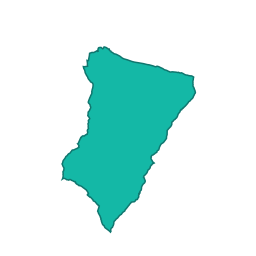 outline of Popesti, Vâlcea, Romania, rotated 243°
{"feature_id": "2599482B78854434160228", "entity_name": "Popesti", "entity_type": "district", "adm_level": 2, "iso_a3": "ROU", "parent_name": "Romania", "parent_adm1": "Vâlcea", "projection": "orthographic", "projection_center": [24.101, 44.98], "detail": "fine", "context": "isolated", "style": "filled", "palette": "teal", "viewbox_px": 256, "rotation_deg": 243, "n_neighbors": 0, "source": "geoboundaries", "source_scale": "gbopen_adm2", "svg_char_len": 5746}
<svg xmlns="http://www.w3.org/2000/svg" viewBox="0 0 256 256"><g transform="rotate(243 128 128)"><path d="M143.6,209.6L145.2,208.6L145.7,208.1L146.0,207.5L147.2,205.8L147.5,205.6L147.7,205.3L148.0,205.1L148.4,204.4L149.5,203.1L151.8,201.6L152.8,200.8L153.0,200.5L153.3,199.4L154.2,198.6L154.6,198.4L154.8,198.0L154.8,197.6L155.9,196.2L158.0,192.9L158.5,191.4L158.9,190.8L159.6,190.3L160.5,189.5L161.7,188.7L163.5,186.8L165.1,186.0L167.5,184.1L168.6,183.3L169.6,182.3L169.9,181.8L169.9,180.9L170.2,180.1L172.1,178.4L174.7,175.5L175.8,173.9L178.4,170.9L181.7,166.5L183.5,164.0L184.5,162.8L185.6,161.6L189.2,158.2L191.4,155.8L192.0,155.4L192.5,154.8L193.1,154.6L195.8,153.3L199.0,151.0L200.4,149.4L200.9,149.0L202.1,148.6L203.0,147.8L203.4,147.5L204.1,147.7L204.8,147.1L205.6,146.9L206.2,147.0L206.2,146.8L206.3,146.7L206.6,146.7L207.0,146.9L207.1,146.5L207.2,146.4L208.1,146.0L208.4,145.6L209.0,145.5L209.7,145.0L210.6,144.1L211.1,143.5L210.1,142.0L210.1,141.4L212.1,140.5L212.8,138.8L212.8,138.2L212.2,137.7L212.3,137.5L212.0,137.2L210.8,136.4L210.0,136.3L210.1,135.5L210.3,135.3L210.9,135.6L210.8,133.7L210.8,131.7L211.7,130.2L212.0,127.7L210.0,126.4L206.0,123.3L206.3,122.4L206.6,122.4L206.8,122.2L204.2,121.3L202.5,120.4L202.1,120.3L201.6,120.0L201.4,120.0L201.4,119.8L202.0,118.2L202.2,117.4L202.7,116.5L203.0,116.1L201.2,115.6L199.6,115.7L197.6,115.3L196.9,115.0L195.4,114.9L194.6,115.1L193.9,114.9L191.7,115.2L191.0,115.0L189.4,115.0L187.4,115.5L186.1,115.6L184.8,116.5L184.1,116.8L183.5,116.8L182.5,116.6L181.1,115.8L179.5,114.6L179.0,114.0L176.8,112.2L176.4,112.0L176.0,112.0L175.1,111.3L174.7,110.8L173.8,109.5L172.6,108.2L172.0,107.3L171.5,106.9L170.6,105.8L169.2,104.4L168.6,104.2L168.2,104.2L166.9,104.6L165.7,104.7L164.7,104.3L163.6,104.3L163.2,104.1L162.8,103.8L161.1,101.6L160.8,101.2L160.3,99.8L159.7,99.4L158.4,98.7L157.3,97.8L155.7,98.0L155.1,98.3L154.1,98.1L153.8,98.2L153.2,97.5L153.1,96.8L152.5,95.9L151.1,95.6L150.7,95.3L150.2,94.5L149.8,94.2L148.1,93.7L147.1,93.0L145.4,92.5L145.2,92.2L145.1,91.7L144.9,91.3L143.9,90.4L142.7,90.3L142.1,89.9L141.5,89.1L140.9,88.7L141.1,88.0L141.1,86.8L140.7,85.6L141.5,84.1L141.4,83.1L140.7,82.0L141.0,81.7L136.6,76.3L136.7,76.0L134.4,76.3L134.0,75.7L133.1,75.5L133.1,74.4L132.8,73.6L133.1,72.6L133.0,71.8L133.1,70.6L133.1,69.7L133.6,68.5L133.5,67.8L133.0,67.2L132.7,66.3L132.0,65.0L131.9,64.4L132.0,63.6L131.7,62.5L131.1,61.5L130.9,60.9L130.9,60.3L130.7,59.6L129.6,58.1L128.4,55.5L127.9,55.0L126.6,53.9L125.9,52.9L124.9,52.9L123.8,52.7L121.5,52.8L120.9,52.5L119.2,51.4L118.9,50.6L118.4,50.1L116.6,49.5L116.4,49.1L115.6,48.9L114.4,48.3L112.8,47.0L112.3,46.4L112.4,47.4L112.2,48.1L111.3,49.1L109.6,50.0L109.1,51.1L108.4,51.6L108.6,52.3L108.6,52.6L108.5,52.9L107.8,53.6L107.1,53.8L106.2,54.7L104.6,55.8L104.2,56.3L104.2,56.5L103.7,56.7L103.4,56.4L103.1,56.3L102.5,56.5L102.1,56.8L101.9,56.6L101.2,56.9L100.4,57.4L100.0,57.8L98.8,58.2L98.7,58.4L98.7,58.8L97.7,59.7L96.6,60.4L94.7,61.2L93.9,61.8L93.3,61.9L91.8,62.8L91.2,62.7L90.6,63.0L89.9,62.9L89.2,63.1L88.3,63.1L88.3,62.9L88.1,62.8L87.3,62.9L87.2,62.6L87.1,61.6L86.7,61.4L83.6,62.7L83.6,63.0L83.4,63.2L79.8,64.2L79.3,64.0L78.9,64.0L77.5,65.0L76.9,65.4L75.8,65.5L74.7,65.8L74.1,65.8L73.4,66.3L72.8,66.3L72.9,66.5L71.5,67.0L68.8,64.3L67.7,63.2L66.4,63.2L65.6,63.0L62.0,63.1L61.2,62.9L59.6,62.8L59.3,62.5L58.5,62.3L57.5,62.3L57.0,62.0L54.1,61.6L53.0,61.7L52.2,62.1L51.9,62.4L51.0,62.2L49.5,62.3L45.5,64.3L44.0,64.9L43.2,65.1L43.7,65.9L44.8,66.2L45.8,66.9L46.4,67.8L46.5,69.0L47.0,69.4L48.0,70.8L49.2,71.9L50.2,72.4L51.1,73.3L51.5,74.6L51.9,75.4L52.3,76.4L52.5,77.8L53.8,80.5L54.1,81.9L54.1,82.9L54.9,84.3L55.3,85.5L55.5,87.4L56.5,88.5L56.9,89.8L58.5,93.1L58.7,93.8L59.4,94.9L59.7,96.1L60.3,97.0L60.3,97.7L59.7,99.4L59.4,100.4L59.8,101.5L60.2,102.1L60.3,102.5L60.5,102.6L60.4,102.8L60.1,103.8L60.2,104.1L60.6,104.3L60.8,104.7L61.2,105.4L61.3,105.8L61.6,106.1L62.1,106.3L62.4,106.7L63.1,106.8L63.4,107.1L63.6,107.4L64.6,107.8L64.7,108.2L64.3,108.3L64.7,108.7L64.6,108.9L64.6,109.1L64.9,109.3L65.1,109.1L65.3,109.1L66.0,109.9L66.4,110.7L66.6,111.4L67.1,111.9L67.6,112.3L69.4,113.4L70.8,115.4L71.2,116.3L71.6,117.9L72.3,118.8L72.9,119.3L74.2,119.5L75.6,119.5L75.9,119.8L77.1,119.5L77.5,120.0L78.0,120.4L78.2,120.8L78.4,121.9L79.3,124.2L79.7,124.6L79.7,124.8L80.3,125.4L81.3,126.6L81.5,126.9L81.6,127.2L81.6,127.5L81.7,128.0L81.8,128.1L81.8,128.4L82.4,129.5L82.5,129.7L83.0,129.9L83.8,130.8L84.1,131.6L84.4,131.8L84.4,132.0L84.3,132.3L84.9,133.4L85.2,133.8L85.1,134.4L84.9,134.5L84.9,135.4L85.5,135.2L86.7,134.6L87.9,134.7L88.6,134.6L90.4,134.6L90.7,134.7L91.1,135.0L91.5,135.6L91.9,135.5L92.2,135.7L92.8,136.9L92.8,137.2L92.6,138.1L92.9,138.9L92.8,139.7L93.3,141.1L93.2,142.0L93.4,142.8L94.0,143.2L94.3,143.6L94.5,144.2L94.5,145.0L94.7,145.6L96.7,147.4L98.1,149.3L98.5,149.9L98.8,150.9L98.9,152.4L99.2,153.5L101.2,157.5L103.0,158.5L104.3,159.8L108.0,161.8L108.9,163.8L109.7,166.1L109.9,166.8L110.3,167.3L111.1,168.5L112.9,169.5L113.2,169.7L113.4,170.1L113.6,171.3L114.0,172.0L114.3,172.7L114.3,173.8L114.8,174.7L114.9,175.6L115.2,176.3L116.2,177.6L117.3,178.6L117.7,179.2L118.1,179.8L118.5,181.0L118.9,181.7L119.9,182.6L120.0,182.9L119.9,183.2L120.3,183.7L120.0,184.1L120.3,184.4L120.4,185.2L120.6,185.5L120.6,185.8L120.8,186.0L120.7,186.3L120.9,186.5L120.9,186.8L121.4,188.4L121.5,188.9L122.0,190.2L122.3,191.0L123.4,193.4L123.9,194.0L123.9,195.2L124.1,195.9L124.8,197.3L125.0,198.5L125.5,199.6L126.8,201.1L127.5,202.2L128.1,202.7L128.6,203.8L129.3,204.3L130.2,204.4L131.1,204.7L131.5,204.7L132.4,204.7L133.0,204.9L133.8,204.8L134.3,205.1L135.0,204.9L135.8,204.9L136.4,205.2L136.9,205.6L138.4,206.1L139.1,206.6L140.2,207.0L140.7,207.4L141.4,208.1L142.5,208.7L143.1,209.3L143.6,209.6Z" fill="#14b8a6" stroke="#0f766e" stroke-width="1.5"/></g></svg>